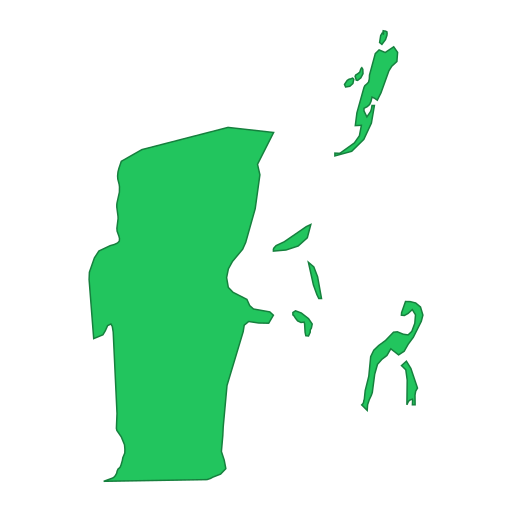 Belize, Albers equal-area conic projection
{"feature_id": "BLZ-1323", "entity_name": "Belize", "entity_type": "District", "adm_level": 1, "iso_a3": "BLZ", "parent_name": "Belize", "parent_adm1": "", "projection": "albers", "projection_center": [-88.107, 17.657], "detail": "fine", "context": "isolated", "style": "filled", "palette": "green", "viewbox_px": 512, "rotation_deg": 0, "n_neighbors": 0, "source": "natural_earth", "source_scale": "10m", "svg_char_len": 3296}
<svg xmlns="http://www.w3.org/2000/svg" viewBox="0 0 512 512"><path d="M273.6,132.5L257.5,164.3L259.9,174.8L255.2,208.7L245.7,242.4L242.6,249.3L232.5,261.4L228.4,268.8L226.6,277.6L228.3,287.4L233.0,292.3L246.9,299.4L249.7,305.6L253.5,309.0L269.8,311.9L273.4,315.2L268.7,323.2L258.7,323.0L248.7,321.5L244.2,325.2L243.2,331.6L227.0,385.5L223.2,427.0L222.8,435.5L221.4,451.5L224.2,460.1L225.7,467.9L225.8,468.7L220.6,474.1L212.7,477.2L210.6,478.4L207.0,479.6L103.7,481.3L112.4,478.1L113.6,477.5L114.5,476.6L115.3,475.7L116.7,473.2L117.1,471.2L117.7,469.8L118.4,468.6L119.3,468.1L120.1,467.2L121.0,465.1L122.3,460.7L122.8,457.8L124.8,453.0L124.9,449.2L124.5,444.7L121.3,436.9L116.9,430.5L116.4,428.4L117.0,413.6L117.0,413.4L113.2,332.0L112.3,326.4L110.9,324.0L107.6,325.6L105.3,330.8L102.9,334.8L93.7,338.6L89.1,279.5L89.4,272.2L94.4,257.9L98.9,251.0L110.3,245.6L114.3,244.5L117.5,243.0L119.3,241.2L119.5,238.5L119.0,236.4L117.1,231.1L116.9,228.2L118.1,218.5L118.0,216.2L116.8,207.1L116.8,204.8L117.0,203.0L119.4,192.2L119.5,186.9L119.2,184.5L117.8,179.0L117.6,176.0L118.0,171.9L118.9,168.4L121.3,161.3L141.9,149.6L228.0,127.4L273.6,132.5ZM372.0,105.5L374.4,105.5L371.4,123.1L363.8,139.4L351.7,151.3L334.9,155.9L334.9,153.1L338.9,153.3L340.2,153.1L354.4,142.9L359.4,135.8L361.4,125.3L355.3,125.6L356.9,112.9L364.0,87.4L364.9,85.6L366.7,84.1L368.5,82.2L369.3,79.0L369.5,75.0L375.3,53.6L379.1,49.9L385.2,52.5L393.7,46.8L397.6,52.4L396.9,61.5L391.8,66.2L388.9,70.8L381.0,92.8L377.3,100.2L374.6,98.3L372.0,97.1L371.0,101.4L369.6,104.5L367.3,106.6L364.0,108.3L364.0,111.0L366.9,116.9L370.6,111.5L371.4,109.1L372.0,105.5ZM405.5,301.5L410.2,301.6L415.7,303.0L420.5,307.0L422.9,315.1L421.3,321.3L413.3,337.3L408.2,344.2L404.2,351.2L398.6,354.9L390.8,348.8L386.9,355.5L381.9,359.3L377.5,364.3L374.7,374.2L372.3,392.5L371.3,395.4L369.3,399.6L367.6,404.7L367.2,410.4L361.7,404.9L363.1,403.5L363.6,402.1L363.8,400.7L364.3,399.3L365.2,390.6L368.8,376.2L370.7,356.6L373.8,350.2L378.7,345.5L385.5,340.5L393.5,332.2L397.4,331.8L403.2,334.2L408.1,334.9L411.8,331.4L414.8,323.3L415.5,314.8L412.3,309.6L408.0,313.5L404.4,315.5L401.4,315.2L401.6,312.6L405.5,301.5ZM276.1,245.6L284.2,241.8L306.3,226.6L310.8,224.5L307.3,237.8L298.2,246.0L286.0,250.0L273.4,251.1L273.4,249.2L273.9,248.0L276.1,245.6ZM401.5,365.6L406.4,361.2L410.9,368.5L417.5,388.1L415.7,391.1L415.0,395.1L415.1,404.8L412.4,404.8L412.6,400.6L412.4,399.2L410.2,399.9L408.7,401.1L407.8,402.7L406.9,404.8L407.2,380.1L405.8,369.8L401.5,365.6ZM301.3,313.0L308.5,318.6L312.2,324.0L311.4,328.0L310.3,329.9L310.2,332.3L308.5,336.0L305.8,335.7L305.1,332.3L304.6,323.9L304.1,322.1L301.0,322.5L297.6,320.9L295.4,318.1L294.1,316.0L292.9,314.9L292.9,312.5L295.5,310.8L301.3,313.0ZM308.4,262.3L313.8,266.9L317.6,276.8L321.5,298.5L318.8,298.5L316.9,294.6L313.4,284.9L308.4,262.3ZM385.5,31.1L386.9,31.8L387.1,33.5L386.9,35.5L385.5,39.6L381.9,44.4L379.6,42.5L380.7,35.5L382.2,33.1L383.4,34.0L383.6,33.2L383.0,31.4L383.2,30.7L384.5,31.0L385.5,31.1ZM350.4,79.0L352.6,78.1L353.8,79.2L352.9,83.5L349.8,86.3L345.6,87.0L344.5,84.4L347.2,80.4L349.2,79.1L350.4,79.0ZM361.8,67.7L362.8,69.3L363.0,73.7L360.8,77.9L357.6,80.4L356.2,80.1L355.7,78.0L355.1,76.4L355.7,75.0L357.7,73.8L359.8,72.1L360.5,69.8L361.2,68.3L361.8,67.7Z" fill="#22c55e" stroke="#15803d" stroke-width="1.5"/></svg>